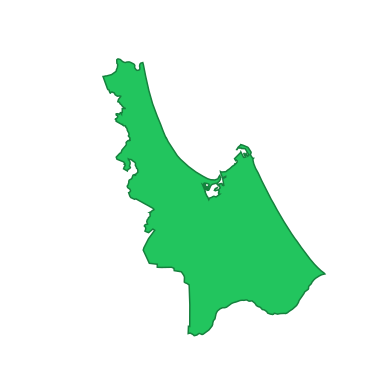 Napier City, Hawke's Bay, New Zealand (Mercator projection), rotated 330°
{"feature_id": "76426892B22916001519888", "entity_name": "Napier City", "entity_type": "district", "adm_level": 2, "iso_a3": "NZL", "parent_name": "New Zealand", "parent_adm1": "Hawke's Bay", "projection": "mercator", "projection_center": [176.876, -39.479], "detail": "fine", "context": "isolated", "style": "filled", "palette": "green", "viewbox_px": 384, "rotation_deg": 330, "n_neighbors": 0, "source": "geoboundaries", "source_scale": "gbopen_adm2", "svg_char_len": 6069}
<svg xmlns="http://www.w3.org/2000/svg" viewBox="0 0 384 384"><g transform="rotate(330 192 192)"><path d="M266.1,329.4L265.9,328.3L264.4,324.8L263.1,320.5L261.9,315.8L260.7,309.2L258.9,294.5L258.2,286.2L257.9,284.4L257.4,278.2L256.8,264.0L256.7,250.0L256.9,243.5L256.9,237.9L258.0,217.4L258.8,208.7L258.9,203.2L259.6,198.4L260.8,194.7L261.3,193.8L262.0,193.8L262.2,193.6L261.4,193.3L261.2,190.0L261.5,188.4L262.7,187.7L263.1,187.0L262.9,182.1L262.6,181.0L259.4,176.8L257.9,175.3L257.6,175.6L254.4,176.3L251.9,177.6L252.1,177.8L253.9,176.9L256.7,178.7L256.6,179.1L259.7,181.1L259.8,188.5L258.1,188.9L258.1,185.7L257.7,185.8L257.8,188.2L256.8,186.5L256.9,186.2L256.3,185.2L256.5,184.7L256.3,184.6L256.0,184.8L255.8,188.6L254.3,188.1L254.0,187.8L254.3,181.8L254.0,182.1L245.5,184.4L245.5,186.6L246.3,186.4L246.7,187.8L245.8,188.8L244.4,189.3L243.7,189.4L242.9,188.5L243.3,189.4L243.0,189.7L239.8,189.9L236.3,190.7L233.5,190.9L231.9,191.3L231.0,191.1L228.4,189.9L227.0,189.0L227.0,188.7L226.9,188.5L226.5,189.5L225.7,193.8L225.5,194.1L226.0,195.0L229.0,195.3L228.6,196.0L225.3,195.8L222.8,202.3L222.6,202.3L221.8,201.5L221.9,200.5L222.2,200.3L221.6,199.2L220.0,198.8L219.9,199.2L219.4,199.4L218.8,199.1L218.6,198.3L218.1,198.1L217.7,197.0L220.9,196.4L223.0,195.3L223.8,194.1L224.3,191.6L223.4,192.0L221.0,193.5L220.6,193.5L217.8,193.0L214.3,190.7L212.1,188.2L209.4,183.9L205.4,176.7L201.7,168.2L198.4,157.9L197.4,153.2L196.5,136.5L196.8,132.6L196.8,131.9L196.5,131.9L197.5,124.5L198.7,117.3L199.8,108.9L202.0,95.9L205.3,82.8L209.7,68.7L213.5,57.6L214.1,55.3L212.0,54.8L211.1,55.1L210.3,55.8L209.5,56.8L209.0,58.3L208.2,59.5L207.8,59.8L206.5,59.8L205.1,59.1L204.8,58.5L204.5,56.3L204.7,55.3L205.8,53.7L205.7,52.4L205.3,51.6L203.6,49.0L202.6,47.9L200.6,46.9L199.1,46.6L197.8,45.5L196.9,43.8L196.2,41.5L195.0,40.2L194.4,39.7L193.1,39.8L192.7,40.3L191.3,43.0L191.5,44.0L191.2,44.8L189.3,47.2L187.8,48.2L186.9,49.3L186.2,49.6L181.0,50.1L175.8,48.7L174.8,48.1L174.3,48.2L172.7,47.5L170.4,60.4L170.5,61.5L171.0,61.9L171.1,62.7L170.7,63.7L170.6,65.4L170.8,65.6L171.9,65.1L173.0,65.6L173.4,66.4L174.2,67.2L174.1,69.4L175.1,71.4L175.4,71.8L177.1,72.5L178.2,73.4L178.0,73.7L174.7,75.0L172.9,76.7L174.0,78.1L173.9,79.9L174.4,80.9L174.6,83.1L175.5,85.6L176.4,86.6L173.3,84.9L171.5,88.1L170.8,87.9L170.0,89.2L170.0,88.0L169.6,87.5L168.0,88.4L166.9,87.1L165.5,86.4L164.9,87.2L164.9,87.8L165.6,88.6L165.5,89.5L165.0,90.0L163.3,90.7L162.5,90.4L162.0,90.6L162.0,91.4L162.3,92.3L161.7,92.9L165.2,98.7L165.7,98.8L165.5,99.4L165.9,100.4L167.4,101.5L167.1,102.8L167.4,104.1L167.3,104.9L166.8,106.2L166.7,109.4L166.3,110.7L164.9,111.6L165.3,114.2L165.1,114.7L164.3,115.1L164.5,116.1L164.3,116.4L163.6,116.3L162.3,115.5L160.3,115.9L159.6,116.3L159.0,117.9L158.0,118.6L152.4,120.6L150.1,122.5L148.8,122.4L143.8,123.9L143.4,126.1L147.9,131.8L148.0,133.8L147.2,134.0L147.5,134.5L147.6,135.5L146.2,136.2L144.3,137.7L146.5,141.4L146.7,141.1L148.0,140.6L150.2,140.4L151.0,139.8L150.7,138.5L150.8,138.2L152.5,136.6L153.1,135.6L153.4,134.1L153.4,132.8L153.1,132.4L153.4,131.6L153.9,132.5L154.5,132.7L155.9,133.8L155.9,134.7L157.3,137.6L157.4,138.6L157.3,139.1L156.3,140.5L156.2,142.8L155.9,143.7L156.3,144.4L156.0,146.0L154.9,147.9L152.2,148.4L151.5,149.3L150.9,149.1L150.9,148.2L149.6,147.9L149.2,148.0L146.5,150.3L143.7,150.3L142.8,150.9L142.0,152.2L140.0,154.0L138.8,154.5L138.5,156.0L139.6,158.5L139.5,159.9L139.1,160.5L138.7,160.7L137.5,161.0L136.8,160.9L136.1,164.4L136.2,166.2L138.6,169.6L140.0,169.9L150.0,186.5L150.4,188.0L149.9,188.4L148.5,188.2L146.7,188.6L145.1,188.5L145.8,189.1L144.9,189.5L144.1,191.2L144.2,191.3L143.4,192.2L141.5,192.5L141.2,193.0L139.2,193.8L137.9,195.2L137.5,197.6L135.7,197.0L134.8,197.0L133.7,197.6L134.1,199.0L133.7,200.5L132.6,201.7L131.7,202.3L132.6,203.7L134.1,205.5L139.6,204.5L140.6,206.5L131.0,210.7L122.5,216.2L120.7,217.9L119.4,232.4L125.8,237.2L124.3,239.8L127.7,242.0L136.6,246.9L138.2,249.0L137.3,251.2L142.9,255.8L143.2,260.2L142.9,262.0L140.3,266.1L140.7,267.2L142.3,269.2L142.5,270.1L143.1,271.0L133.6,288.8L122.8,307.3L121.8,306.5L117.9,312.7L119.9,313.2L121.3,315.4L121.9,316.6L122.0,317.4L122.4,317.7L124.8,318.3L127.0,318.0L127.5,318.1L128.1,318.6L129.4,320.4L130.4,320.7L131.7,320.6L137.8,319.9L142.3,318.1L143.5,317.2L144.6,315.7L146.3,314.1L148.4,313.4L152.0,309.4L153.3,308.5L154.8,307.7L158.1,307.2L160.6,307.5L162.5,308.6L164.4,309.0L170.6,308.3L172.8,308.6L175.4,309.3L179.4,310.0L181.3,310.8L182.8,311.8L184.8,312.5L185.6,313.1L186.6,314.8L187.4,315.4L189.5,316.2L190.6,319.0L190.9,320.0L191.0,322.5L192.1,324.5L193.1,325.3L193.7,326.8L194.1,328.9L195.7,330.3L196.9,332.9L197.0,334.7L198.7,336.8L200.6,338.4L201.6,338.6L202.4,338.2L202.8,338.3L205.1,340.6L207.4,341.3L211.1,343.2L212.4,344.1L214.2,344.3L216.5,343.9L220.4,343.7L225.8,342.6L228.9,340.9L230.5,339.5L238.0,336.0L239.6,334.9L244.1,334.3L244.8,333.7L245.5,332.5L246.1,332.0L249.4,331.1L251.0,330.0L253.9,328.9L255.9,328.5L260.3,328.3L263.0,328.5L266.1,329.4ZM206.3,190.8L206.6,190.5L207.2,190.5L209.3,192.1L210.6,193.7L210.4,194.2L209.2,195.4L208.1,195.0L208.9,195.6L207.3,196.1L206.2,197.8L205.9,197.8L206.0,198.1L206.6,198.5L207.2,198.7L208.0,198.5L207.8,197.9L207.8,196.8L208.3,197.1L208.3,197.4L209.1,197.6L211.5,195.9L212.9,195.5L214.4,195.7L216.9,196.4L217.4,196.8L218.7,201.8L218.5,202.5L216.0,203.3L212.8,202.2L212.8,201.7L213.2,201.1L214.8,200.9L215.5,201.2L216.9,200.6L215.8,200.9L214.7,200.7L213.4,200.9L213.0,201.1L212.7,201.6L212.3,201.7L212.8,202.6L215.1,203.1L215.9,203.7L215.6,204.2L216.0,205.0L215.3,205.6L214.8,205.6L214.6,205.9L214.7,206.1L214.2,206.7L214.2,207.1L215.1,207.8L210.6,208.3L210.3,208.2L208.8,206.6L207.6,206.4L206.4,206.5L203.6,205.9L203.0,206.5L203.0,206.9L202.7,207.1L203.1,203.9L203.0,203.3L202.8,203.2L203.4,198.2L203.8,198.2L204.8,190.8L205.1,191.5L205.1,192.5L204.7,193.8L205.0,194.1L205.0,194.7L204.7,195.5L204.8,196.5L205.2,196.7L205.7,195.7L207.3,195.0L207.1,194.7L207.9,194.9L206.3,194.2L206.6,193.5L206.4,193.0L206.7,192.7L207.1,192.7L207.3,192.4L206.7,191.2L206.3,190.8Z" fill="#22c55e" stroke="#15803d" stroke-width="1.5"/></g></svg>